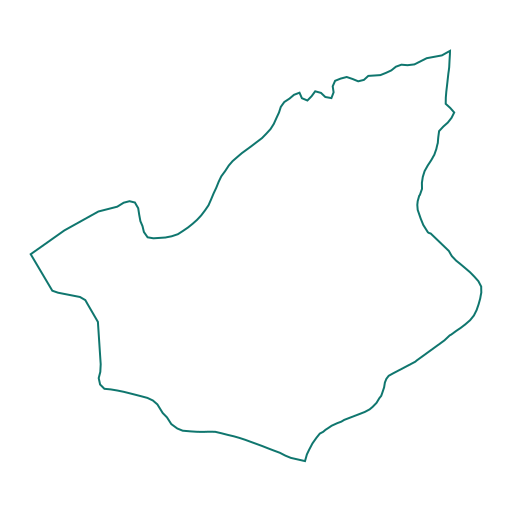 outline of At Talh, Shabwah, Yemen
{"feature_id": "15242507B56657496284853", "entity_name": "At Talh", "entity_type": "district", "adm_level": 2, "iso_a3": "YEM", "parent_name": "Yemen", "parent_adm1": "Shabwah", "projection": "albers", "projection_center": [47.44, 15.093], "detail": "fine", "context": "isolated", "style": "outline", "palette": "teal", "viewbox_px": 512, "rotation_deg": 0, "n_neighbors": 0, "source": "geoboundaries", "source_scale": "gbopen_adm2", "svg_char_len": 2942}
<svg xmlns="http://www.w3.org/2000/svg" viewBox="0 0 512 512"><path d="M450.0,50.9L447.4,52.3L441.9,55.4L426.7,58.2L414.4,64.4L407.5,65.2L401.4,64.7L395.9,66.7L391.3,70.4L385.9,72.9L380.4,75.1L374.4,75.5L368.3,75.9L363.9,79.9L358.2,81.3L352.6,79.0L346.7,77.0L340.6,78.6L335.1,80.8L332.7,86.3L333.6,92.3L331.4,98.1L325.3,97.0L323.0,94.8L321.0,92.9L315.2,91.3L311.6,96.2L307.4,100.5L301.9,98.2L299.5,92.7L294.0,94.8L289.5,98.6L284.3,102.0L282.5,104.5L280.8,106.9L279.0,112.5L276.4,118.1L273.8,123.9L270.5,129.1L266.2,133.8L262.0,138.1L256.7,142.1L251.6,146.0L246.7,149.6L241.9,153.1L237.1,157.2L232.6,161.1L228.8,165.5L225.2,171.0L221.3,176.3L218.7,181.7L216.2,187.9L213.6,193.4L211.1,199.4L208.5,205.3L205.0,210.4L201.2,215.4L197.0,219.9L192.6,223.8L188.0,227.5L183.0,230.9L177.9,234.2L171.6,236.3L166.4,237.3L165.6,237.5L159.6,237.9L153.4,238.3L147.6,237.3L143.9,232.0L142.5,226.1L140.4,221.2L139.2,214.7L138.2,208.2L136.5,205.3L134.9,202.5L133.6,202.2L129.5,201.2L123.7,202.7L118.2,206.1L117.2,206.7L98.4,211.5L64.4,230.4L30.7,254.2L52.3,290.7L58.0,292.7L80.0,297.0L85.3,300.1L87.4,303.8L97.9,321.9L100.7,364.3L100.3,371.9L98.7,378.1L100.1,384.5L104.4,388.8L110.7,389.4L117.3,390.5L123.7,391.8L129.7,393.3L135.6,394.8L141.4,396.3L147.4,397.9L152.9,400.5L157.4,404.4L160.1,408.8L162.7,413.0L167.0,417.4L171.3,424.1L177.3,428.5L182.7,430.7L190.9,431.4L197.1,431.8L203.0,431.9L209.1,431.7L215.2,431.8L221.6,433.3L227.8,434.9L233.8,436.3L239.4,437.9L245.2,439.8L250.9,441.9L256.7,444.0L262.4,446.1L268.2,448.4L273.7,450.5L279.9,452.8L285.3,455.6L286.0,455.9L290.9,457.9L297.1,459.3L305.0,461.1L306.9,454.4L309.1,449.8L311.0,446.2L312.4,443.5L313.8,441.5L316.5,437.7L319.8,433.6L323.2,431.8L325.5,429.8L328.0,428.2L331.7,425.7L337.4,423.1L341.2,421.7L341.9,421.3L344.2,419.9L364.7,412.0L369.6,409.4L372.6,406.9L376.5,402.9L379.4,398.1L381.2,395.9L382.3,392.8L384.1,387.4L384.9,382.5L386.4,378.8L388.7,375.8L393.2,373.3L415.3,361.7L416.8,360.4L444.4,340.4L449.8,335.3L450.7,334.9L451.6,334.3L455.8,331.2L458.0,329.7L460.7,327.9L460.8,327.8L461.6,327.2L465.5,324.2L470.1,320.2L473.9,315.5L475.9,311.5L476.6,310.1L478.6,304.3L480.2,298.5L480.8,295.1L481.3,292.6L481.2,288.5L481.2,286.6L478.4,281.2L476.0,278.5L474.4,276.7L470.0,272.2L466.6,269.3L465.3,268.2L460.8,264.4L456.1,260.6L451.9,256.2L450.8,254.4L448.9,251.0L430.7,233.5L429.0,233.0L427.9,232.3L423.3,225.0L420.7,218.6L417.7,209.9L417.3,204.9L417.7,201.1L419.2,195.8L419.9,194.9L421.4,190.6L422.0,188.9L422.0,188.4L421.9,182.8L422.8,176.9L424.6,171.1L427.8,165.4L429.2,163.3L431.1,160.4L432.5,158.0L433.0,157.0L434.3,154.8L435.3,151.9L436.3,149.1L437.0,146.0L437.4,144.4L437.8,143.0L438.1,139.1L438.3,137.0L439.1,131.1L443.2,126.7L443.5,126.4L447.8,122.6L451.5,117.9L454.2,112.5L450.2,107.9L445.7,103.8L445.8,98.2L445.8,97.7L446.3,91.7L447.0,85.7L447.4,82.2L447.7,79.4L448.4,73.2L448.8,70.5L449.2,67.2L449.5,61.1L449.9,54.4L450.0,50.9Z" fill="none" stroke="#0f766e" stroke-width="2"/></svg>